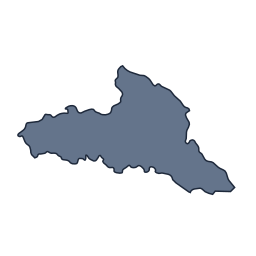 the border of Timis, rotated 183°
{"feature_id": "ROU-280", "entity_name": "Timis", "entity_type": "County", "adm_level": 1, "iso_a3": "ROU", "parent_name": "Romania", "parent_adm1": "", "projection": "natural_earth1", "projection_center": [21.523, 45.663], "detail": "fine", "context": "isolated", "style": "filled", "palette": "slate", "viewbox_px": 256, "rotation_deg": 183, "n_neighbors": 0, "source": "natural_earth", "source_scale": "10m", "svg_char_len": 4156}
<svg xmlns="http://www.w3.org/2000/svg" viewBox="0 0 256 256"><g transform="rotate(183 128 128)"><path d="M53.2,71.6L58.5,70.6L60.4,69.8L61.9,68.3L62.4,67.1L62.4,66.9L63.8,67.3L77.2,75.7L80.6,78.7L81.5,81.1L82.8,82.7L84.0,83.4L85.4,83.9L91.3,84.8L92.1,84.8L93.9,84.4L95.0,84.3L97.1,84.8L98.1,85.4L98.5,86.0L98.2,87.4L98.5,88.2L99.7,89.6L100.9,90.2L102.3,90.5L103.3,90.4L104.0,90.0L104.4,89.5L104.6,88.8L104.6,87.4L104.8,86.7L105.2,86.1L106.0,85.4L107.0,84.9L108.4,84.8L109.1,85.0L109.4,85.5L109.5,86.6L110.2,88.0L112.7,90.2L114.3,91.0L115.7,91.0L117.9,89.3L119.0,88.9L120.3,88.7L121.9,88.8L123.0,89.2L124.3,90.6L124.9,90.8L125.6,90.5L127.7,88.6L130.2,86.8L130.8,86.2L131.2,85.5L131.3,84.6L131.3,83.8L131.5,83.1L132.5,82.7L134.1,82.5L137.3,82.8L138.8,83.3L139.6,84.0L139.7,84.8L139.7,85.7L139.9,86.7L140.5,87.5L141.5,87.8L144.1,87.5L145.1,87.7L146.1,88.2L148.2,90.2L150.2,91.6L151.0,92.6L151.4,93.4L151.2,94.1L150.9,94.7L150.7,95.3L150.9,95.8L151.3,96.2L152.5,97.0L153.1,97.6L153.6,98.4L154.3,99.1L155.0,99.0L155.6,98.5L156.5,96.6L157.8,94.5L158.5,93.8L159.3,93.4L160.6,93.3L163.7,94.6L164.8,95.2L165.6,95.9L166.8,97.6L167.6,98.5L168.2,98.7L168.6,98.6L168.7,98.0L168.6,96.3L168.6,95.3L168.8,94.4L169.2,93.7L169.7,93.7L170.4,94.2L171.3,94.9L172.2,95.1L174.3,95.1L175.1,95.0L175.6,94.6L176.0,94.0L176.6,91.3L176.9,90.5L177.3,89.9L178.0,89.6L179.2,89.4L181.4,89.4L182.8,89.8L183.8,90.4L184.6,91.3L185.8,92.2L187.5,92.7L191.3,93.0L192.2,93.4L192.8,94.0L193.0,94.9L193.4,95.5L194.2,96.0L195.8,96.6L196.5,97.1L197.2,97.9L198.2,98.7L199.6,99.0L201.1,99.0L203.0,98.8L204.3,99.0L206.7,100.2L207.5,100.2L208.2,99.8L208.7,99.2L209.4,98.6L210.2,98.3L213.7,97.5L215.4,97.4L216.0,97.1L216.4,96.7L217.0,94.9L217.4,94.4L217.8,94.1L219.5,93.3L222.8,96.3L223.7,98.3L224.0,100.6L224.4,102.0L225.0,103.8L225.9,105.1L228.5,106.9L229.3,107.7L230.3,109.2L232.1,113.1L232.8,114.2L233.6,114.6L234.8,114.0L235.5,113.8L236.2,113.9L237.3,114.4L237.6,115.2L237.3,116.1L236.5,117.0L232.7,120.1L231.6,121.2L230.9,122.4L230.4,123.6L230.0,125.9L229.8,126.7L229.4,127.3L229.0,127.7L228.2,128.0L217.7,129.8L214.2,132.0L211.6,136.9L211.0,137.3L210.3,137.3L209.5,137.2L208.6,137.1L207.3,137.2L206.5,137.1L205.8,136.8L204.6,135.5L203.9,135.0L202.6,134.8L201.6,135.2L199.2,137.1L196.8,138.5L194.8,139.1L192.6,139.5L189.3,139.5L188.7,139.9L188.6,140.6L188.8,141.3L189.0,142.7L189.2,143.3L189.6,143.6L190.1,143.7L191.4,143.8L191.5,144.3L190.9,145.0L188.4,146.6L186.6,147.2L184.7,147.4L183.4,147.2L182.4,146.8L181.6,146.2L180.9,145.4L180.4,144.4L179.5,142.5L178.8,141.5L177.9,140.8L176.5,140.5L175.5,140.6L172.1,142.5L167.7,144.3L165.4,144.9L163.7,144.8L163.0,144.3L161.8,142.9L160.8,142.3L159.7,141.9L157.5,141.3L155.7,140.3L154.2,140.0L151.2,140.0L148.5,140.8L146.8,141.8L145.9,143.1L145.5,144.4L145.3,145.8L145.3,146.9L144.6,148.2L143.3,149.4L139.3,151.4L137.6,152.7L136.7,153.8L136.7,154.8L136.9,156.1L136.8,157.2L136.5,158.2L135.5,160.0L135.2,161.0L135.3,162.0L135.6,163.0L136.2,163.9L139.4,167.0L141.3,168.4L142.1,169.1L142.6,170.0L142.9,170.9L142.9,171.7L142.8,172.5L142.9,173.1L143.2,174.4L143.2,175.1L142.8,175.8L140.9,177.9L140.7,178.9L140.7,180.1L141.2,183.4L141.1,184.7L140.7,185.9L140.1,186.8L138.4,188.9L136.6,189.8L134.2,187.2L131.7,185.4L129.0,184.1L118.9,181.3L114.8,181.2L113.1,180.5L110.0,178.5L108.4,176.9L105.2,172.5L103.6,171.5L102.6,171.7L101.1,173.2L100.2,173.6L99.0,173.4L98.2,172.7L97.4,171.9L96.4,171.2L91.9,169.4L88.5,168.0L87.1,166.9L83.4,162.6L77.2,157.6L74.1,153.5L72.8,152.2L71.2,151.5L69.5,151.1L68.1,150.2L67.5,148.5L69.6,147.0L71.0,145.7L71.3,144.0L70.1,141.2L67.3,136.9L66.9,134.9L67.7,131.9L68.7,129.7L69.1,128.7L69.4,126.9L69.3,120.7L69.6,119.4L70.0,118.3L70.0,117.2L69.2,116.0L68.0,115.4L67.0,115.8L66.1,116.9L65.6,118.3L64.4,119.1L63.1,119.5L61.8,119.2L60.7,118.3L59.8,116.7L57.6,114.2L56.7,112.8L56.4,112.0L56.3,111.6L56.1,109.2L55.8,108.2L55.1,107.4L53.5,106.4L52.8,105.8L49.7,100.8L48.2,99.5L46.4,98.9L42.8,98.5L41.1,97.8L36.1,93.7L34.3,92.6L30.6,91.1L28.9,90.1L27.5,88.1L25.5,82.6L24.4,80.8L18.4,74.2L22.3,69.9L37.6,69.5L40.0,66.2L43.8,67.0L47.6,68.4L50.4,70.6L51.3,71.2L52.5,71.6L53.2,71.6Z" fill="#64748b" stroke="#1e293b" stroke-width="1.5"/></g></svg>